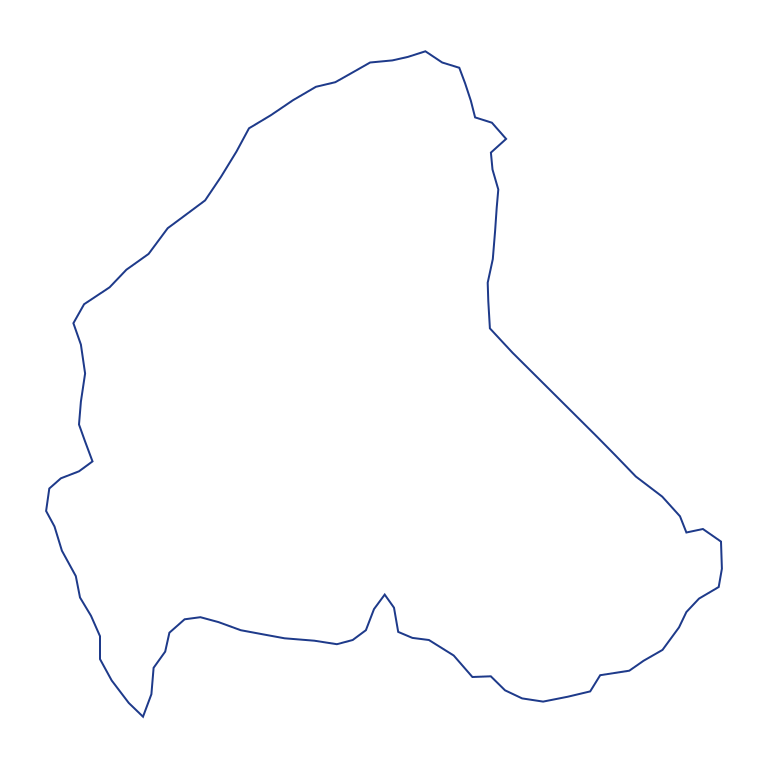 outline of Arujá, São Paulo, Brazil
{"feature_id": "56859067B32247478352498", "entity_name": "Arujá", "entity_type": "district", "adm_level": 2, "iso_a3": "BRA", "parent_name": "Brazil", "parent_adm1": "São Paulo", "projection": "albers", "projection_center": [-46.318, -23.38], "detail": "fine", "context": "isolated", "style": "outline", "palette": "blue", "viewbox_px": 768, "rotation_deg": 0, "n_neighbors": 0, "source": "geoboundaries", "source_scale": "gbopen_adm2", "svg_char_len": 1336}
<svg xmlns="http://www.w3.org/2000/svg" viewBox="0 0 768 768"><path d="M721.0,541.6L702.9,529.0L686.4,532.5L680.0,516.3L662.2,496.6L635.8,476.5L615.8,455.8L597.1,436.8L512.5,352.7L489.9,328.4L488.3,301.3L487.7,282.7L492.8,259.1L495.1,231.0L496.7,207.8L498.3,189.5L492.5,169.5L490.9,152.6L506.1,138.9L491.9,122.7L475.1,117.4L470.9,100.9L465.1,83.3L459.3,67.8L442.2,62.5L425.4,51.3L407.9,56.9L392.4,60.4L370.1,62.5L352.7,72.4L335.3,82.2L315.9,86.8L293.0,100.2L270.7,115.3L249.0,128.3L236.5,151.5L221.0,176.8L205.1,200.4L186.7,214.1L167.7,228.2L148.6,253.9L126.4,269.7L109.6,287.3L84.1,304.2L73.4,323.2L80.9,344.6L85.1,373.5L80.9,401.6L79.0,424.5L84.8,440.7L92.5,461.4L79.0,471.3L60.9,478.3L49.3,488.5L46.1,511.0L54.5,526.5L61.9,550.7L75.8,576.1L80.0,597.5L91.0,615.8L100.0,636.2L100.0,659.1L111.7,680.5L128.8,703.0L143.0,716.7L151.4,694.2L153.6,667.8L165.2,651.6L169.4,632.7L184.6,619.3L200.4,617.2L218.5,622.1L240.7,630.2L263.3,634.4L284.6,638.3L314.3,640.7L336.9,644.2L352.7,640.0L365.9,630.2L374.0,609.1L384.7,594.6L394.0,607.7L398.2,631.9L412.4,637.9L428.9,640.0L453.7,655.5L472.4,677.0L490.8,676.3L505.0,690.3L522.1,698.4L543.1,701.6L567.9,696.7L590.2,691.4L600.2,675.2L629.3,670.7L643.5,660.8L662.5,649.9L679.0,627.4L686.4,612.0L699.0,598.6L718.7,587.0L721.9,568.7L721.0,541.6Z" fill="none" stroke="#1e3a8a" stroke-width="2"/></svg>